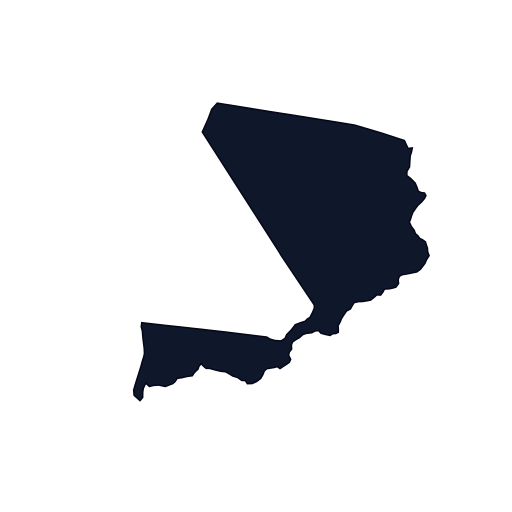 outline of Bom Lugar, Maranhão, Brazil, rotated 222°
{"feature_id": "56859067B20670689948279", "entity_name": "Bom Lugar", "entity_type": "district", "adm_level": 2, "iso_a3": "BRA", "parent_name": "Brazil", "parent_adm1": "Maranhão", "projection": "albers", "projection_center": [-45.064, -4.297], "detail": "fine", "context": "isolated", "style": "filled", "palette": "ink", "viewbox_px": 512, "rotation_deg": 222, "n_neighbors": 0, "source": "geoboundaries", "source_scale": "gbopen_adm2", "svg_char_len": 2244}
<svg xmlns="http://www.w3.org/2000/svg" viewBox="0 0 512 512"><g transform="rotate(222 256 256)"><path d="M253.4,70.9L245.4,70.9L245.6,75.1L249.2,79.2L251.2,82.3L252.9,87.7L247.9,87.7L245.5,91.3L241.9,95.0L236.1,98.3L232.4,105.6L232.1,108.8L232.7,112.3L229.7,115.9L226.9,120.0L223.2,124.4L223.8,128.2L223.4,133.1L224.6,135.8L224.7,139.3L221.0,139.0L217.9,139.1L215.3,141.4L209.9,144.1L205.1,146.7L201.1,149.6L197.6,150.4L192.8,151.3L188.4,153.4L183.3,154.0L180.5,156.3L177.0,155.3L173.5,158.6L171.5,163.2L170.6,168.2L171.5,172.4L172.9,176.1L172.6,179.4L170.1,182.5L167.8,185.4L166.2,188.0L162.8,188.4L162.0,191.7L160.9,195.7L160.1,199.3L161.1,202.4L165.3,204.0L167.0,206.9L167.2,210.6L170.2,213.6L171.3,216.5L170.5,220.2L169.1,224.3L168.6,228.9L166.9,232.1L163.2,236.3L162.0,239.7L159.6,242.4L156.0,242.1L152.0,244.1L147.8,246.5L147.0,249.5L144.9,251.7L143.8,254.4L145.9,256.8L148.4,259.2L149.1,262.5L150.7,267.2L151.5,272.4L151.9,275.6L150.4,279.9L151.1,282.7L151.9,287.0L149.0,291.0L146.4,293.4L144.0,296.4L141.3,299.9L140.5,304.9L140.2,307.9L137.2,310.4L137.6,314.4L138.4,317.4L135.2,320.6L133.3,323.1L131.2,326.4L131.6,330.9L134.5,333.6L135.9,336.8L134.9,339.8L132.2,343.2L129.8,346.4L125.8,351.8L124.9,356.4L125.5,363.3L126.9,367.9L127.6,372.1L131.1,373.9L133.9,376.6L136.6,378.1L139.6,379.9L143.2,379.5L146.1,378.6L149.0,379.3L152.5,379.3L155.7,381.0L160.3,381.9L164.7,383.8L165.8,386.8L167.2,389.7L168.6,393.3L169.3,398.5L169.6,402.0L169.1,407.1L169.3,411.6L170.1,414.6L172.9,415.6L175.6,413.7L178.7,412.7L182.4,414.8L186.5,416.7L192.3,417.1L197.8,416.7L200.5,420.0L201.5,424.9L208.4,433.6L209.9,437.1L212.2,440.9L214.9,437.7L218.8,439.3L222.9,441.1L243.6,432.0L270.1,419.4L273.9,417.0L315.1,390.4L341.9,372.9L387.1,343.7L387.1,335.5L383.2,325.6L378.9,312.2L315.3,294.7L285.7,286.6L241.7,274.5L237.5,273.2L180.0,258.6L177.8,256.3L176.2,251.8L174.8,246.5L175.7,243.6L175.8,240.4L178.4,236.0L180.8,231.3L180.3,224.5L180.6,218.0L179.3,214.2L180.6,209.6L185.5,205.8L190.4,203.5L193.7,203.0L228.4,178.7L266.2,151.6L277.5,143.4L296.3,130.0L293.9,126.6L290.4,124.3L284.5,118.8L277.2,112.5L273.6,108.8L271.8,105.6L269.9,101.4L267.5,96.7L261.4,83.3L259.7,79.6L257.2,74.5L253.4,70.9Z" fill="#0f172a" stroke="#020617" stroke-width="1.5"/></g></svg>